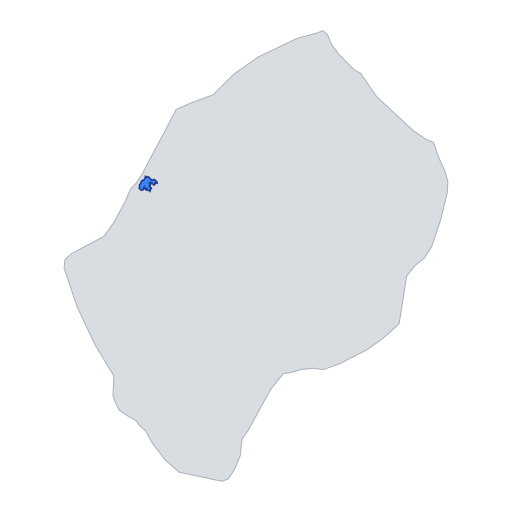 Maseru (Berea Distict), Berea, Lesotho (highlighted)
{"feature_id": "5366337B16311168562684", "entity_name": "Maseru (Berea Distict)", "entity_type": "district", "adm_level": 2, "iso_a3": "LSO", "parent_name": "Lesotho", "parent_adm1": "Berea", "projection": "equal_earth", "projection_center": [27.544, -29.28], "detail": "fine", "context": "in_parent", "style": "filled", "palette": "blue", "viewbox_px": 512, "rotation_deg": 0, "n_neighbors": 0, "source": "geoboundaries", "source_scale": "gbopen_adm2", "svg_char_len": 3666}
<svg xmlns="http://www.w3.org/2000/svg" viewBox="0 0 512 512"><path d="M339.9,363.6L325.1,369.0L323.1,369.5L313.6,368.2L301.0,369.5L291.1,372.5L283.4,373.6L270.9,389.0L248.0,430.7L241.9,439.4L240.2,455.8L234.9,468.7L228.4,478.8L222.1,481.3L203.1,477.3L178.9,472.1L164.8,459.5L152.2,443.0L145.6,431.0L138.6,424.4L136.3,420.7L126.4,415.2L122.6,412.3L119.3,410.3L115.3,402.3L113.0,395.3L113.9,376.0L106.9,364.4L95.0,344.7L87.4,328.6L77.0,306.5L70.7,287.6L64.1,268.0L64.9,259.6L71.2,253.9L89.6,244.0L103.8,236.4L114.0,222.3L125.2,201.5L130.6,188.9L136.1,183.2L142.0,174.4L152.3,154.7L163.9,132.9L176.2,109.4L191.8,102.6L213.1,94.8L233.7,74.3L258.1,57.0L297.5,38.2L315.9,33.4L322.9,30.7L327.3,34.3L331.9,45.0L338.6,54.0L354.1,69.7L360.6,73.4L376.6,96.6L393.6,112.4L413.3,130.7L426.7,139.8L433.5,142.3L439.1,158.5L444.7,170.5L447.9,181.7L447.2,192.7L440.8,219.4L431.6,246.8L424.3,258.1L415.3,265.3L406.6,276.1L403.2,298.0L399.1,323.7L387.8,334.3L378.9,341.3L366.8,349.8L339.9,363.6Z" fill="#d9dde1" stroke="#a8b0b8" stroke-width="1"/><path d="M145.4,176.7L145.4,176.8L145.3,177.0L145.2,177.1L145.2,177.3L145.2,177.5L145.1,177.8L145.0,178.1L144.9,178.3L144.8,178.5L144.7,178.6L144.6,178.8L144.4,179.1L144.3,179.3L144.2,179.5L143.9,179.8L143.7,179.9L143.5,180.0L143.3,180.0L143.2,180.1L142.9,180.2L142.9,180.3L142.7,180.4L142.5,180.5L142.3,180.6L142.2,180.6L141.9,180.8L141.7,180.8L141.5,181.0L141.4,181.2L141.4,181.5L141.2,182.1L141.2,182.3L141.0,182.8L140.9,183.0L140.7,183.4L140.6,183.6L140.2,184.0L140.0,184.3L139.9,184.4L139.6,184.5L139.5,184.9L139.5,185.0L139.5,185.4L139.5,185.6L139.4,185.7L139.4,185.8L139.4,186.0L139.5,186.3L139.5,186.5L139.4,186.6L139.4,186.8L139.4,187.0L139.3,187.3L139.2,187.4L139.2,187.5L139.2,187.8L139.2,188.0L139.3,188.1L139.3,188.3L139.3,188.5L139.5,188.7L139.6,188.8L139.8,188.9L139.9,189.0L140.0,189.1L140.1,189.3L140.3,189.4L140.5,189.5L140.8,189.7L140.9,189.8L141.0,189.9L141.1,190.0L141.3,190.1L141.4,190.3L141.5,190.3L141.8,190.3L141.9,190.2L142.0,190.2L142.3,190.1L142.5,190.1L142.7,189.9L142.8,189.9L142.8,189.7L143.0,189.5L143.0,189.4L143.2,189.2L143.3,188.9L143.3,188.7L143.4,188.4L143.5,188.3L143.5,188.2L143.6,187.9L143.8,187.7L144.0,187.4L144.0,187.5L144.3,187.6L144.4,187.8L144.5,187.8L144.7,188.0L144.8,188.1L144.9,188.3L144.9,188.6L144.9,188.8L145.0,188.8L145.0,189.0L145.2,189.3L145.3,189.3L145.5,189.5L145.8,189.5L146.0,189.6L146.2,189.8L146.3,189.2L146.6,188.6L146.8,188.4L147.0,189.0L147.1,189.6L147.5,190.0L148.2,190.5L148.6,190.6L148.9,190.5L149.3,190.4L149.8,190.8L150.0,191.2L150.4,190.2L150.5,189.7L150.1,189.1L150.3,188.8L151.2,188.7L151.4,188.4L151.4,188.0L150.7,187.8L150.2,186.6L150.0,186.3L149.8,186.2L149.5,186.1L149.3,186.0L149.5,185.4L150.1,185.5L150.5,185.1L150.6,184.8L150.4,184.6L150.1,184.2L149.8,183.8L149.5,183.5L149.4,183.2L149.7,182.7L149.9,182.5L150.2,182.5L150.4,182.8L150.9,182.8L151.6,183.2L152.3,183.7L152.7,183.8L153.2,184.4L153.7,184.9L154.0,185.2L154.4,184.8L154.8,184.2L155.0,183.7L155.4,183.4L155.5,183.2L155.4,182.7L155.9,182.2L156.3,182.1L156.6,182.4L156.8,182.9L157.1,183.6L157.3,183.9L157.2,183.1L157.0,182.2L156.8,181.7L156.4,181.3L155.9,180.9L155.8,180.6L155.6,180.4L155.2,180.1L154.9,180.0L154.3,179.6L154.1,179.4L153.8,179.6L153.3,179.7L153.3,179.9L153.0,180.0L152.8,180.0L152.5,180.2L152.2,180.3L151.8,180.5L151.4,180.0L151.4,179.8L151.2,179.6L151.0,179.2L150.7,179.0L150.3,179.0L149.9,178.7L149.6,178.2L149.5,177.7L149.3,177.4L149.1,177.3L148.9,177.1L148.6,177.2L148.3,176.9L147.9,176.9L147.5,176.8L147.1,176.9L146.7,176.6L146.5,177.0L146.3,177.2L146.0,177.2L145.9,177.3L145.8,177.2L145.6,177.0L145.6,176.9L145.4,176.7Z" fill="#3b82f6" stroke="#1e3a8a" stroke-width="1.5"/></svg>